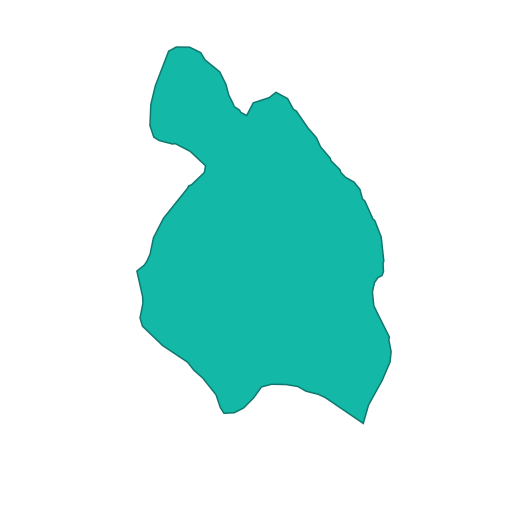 San Jacinto, Chiquimula, Guatemala, rotated 298°
{"feature_id": "79465075B29365665250893", "entity_name": "San Jacinto", "entity_type": "district", "adm_level": 2, "iso_a3": "GTM", "parent_name": "Guatemala", "parent_adm1": "Chiquimula", "projection": "mercator", "projection_center": [-89.507, 14.679], "detail": "fine", "context": "isolated", "style": "filled", "palette": "teal", "viewbox_px": 512, "rotation_deg": 298, "n_neighbors": 0, "source": "geoboundaries", "source_scale": "gbopen_adm2", "svg_char_len": 1258}
<svg xmlns="http://www.w3.org/2000/svg" viewBox="0 0 512 512"><g transform="rotate(298 256 256)"><path d="M186.8,157.9L167.1,174.8L161.3,178.3L146.8,182.7L140.7,188.8L133.1,215.5L130.1,245.4L125.9,255.0L123.3,266.1L114.7,285.9L105.3,295.8L102.1,301.6L107.4,310.4L116.0,316.4L130.0,320.6L143.0,322.3L150.1,330.0L156.6,342.8L160.4,354.2L160.1,363.8L163.1,375.8L163.5,383.8L158.5,429.3L177.3,425.3L205.4,425.8L225.5,424.1L235.0,420.2L244.5,412.5L247.0,411.9L262.6,389.9L267.4,383.4L278.8,375.7L288.1,373.1L294.2,373.8L297.8,376.4L302.1,375.9L309.2,371.6L311.4,371.3L331.6,357.6L343.0,344.3L343.6,341.8L355.6,326.4L356.5,323.1L363.6,316.5L367.3,307.8L367.5,298.1L369.6,291.6L371.5,289.8L375.3,277.5L377.2,275.6L382.7,261.7L388.8,253.8L393.4,241.8L402.9,223.6L403.1,220.1L409.8,210.0L409.9,196.8L402.0,193.3L390.0,181.7L375.6,181.8L375.7,175.0L377.1,172.9L377.7,166.7L379.9,164.0L385.4,156.3L393.5,148.8L401.5,137.6L405.2,119.0L409.6,111.7L409.2,99.3L403.1,87.5L395.9,82.7L359.0,87.2L340.4,92.0L321.4,101.1L313.0,109.9L312.5,116.3L315.7,129.8L317.3,131.8L317.5,148.7L312.0,169.1L305.5,171.2L288.8,165.7L286.1,163.6L283.5,163.7L245.9,156.6L224.0,156.9L208.0,161.6L200.1,162.1L195.7,161.7L186.8,157.9Z" fill="#14b8a6" stroke="#0f766e" stroke-width="1.5"/></g></svg>